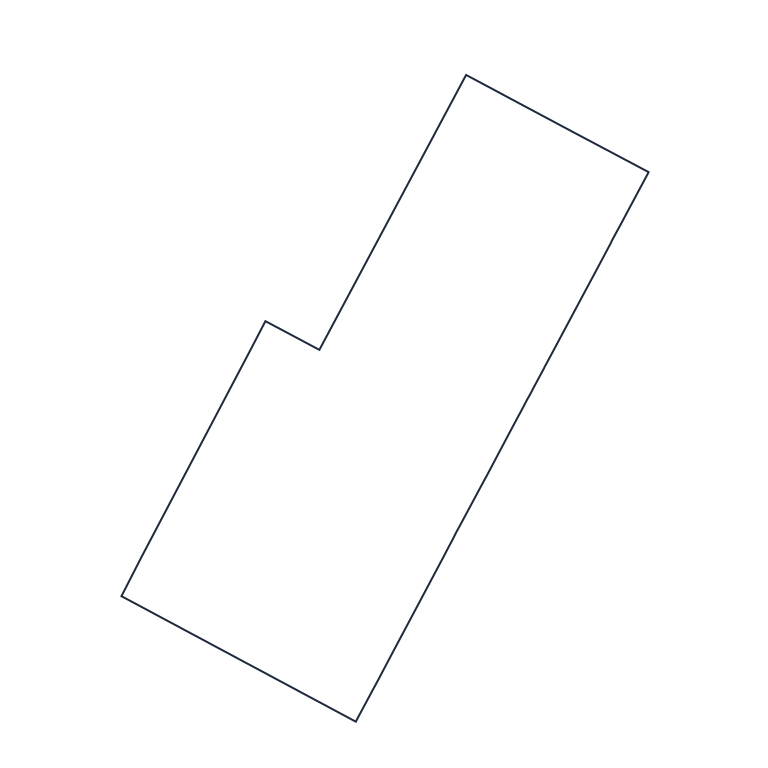 Adams, North Dakota, United States of America (Natural Earth projection), rotated 298°
{"feature_id": "52423323B23495952860942", "entity_name": "Adams", "entity_type": "district", "adm_level": 2, "iso_a3": "USA", "parent_name": "United States of America", "parent_adm1": "North Dakota", "projection": "natural_earth1", "projection_center": [-102.421, 46.114], "detail": "fine", "context": "isolated", "style": "outline", "palette": "slate", "viewbox_px": 768, "rotation_deg": 298, "n_neighbors": 0, "source": "geoboundaries", "source_scale": "gbopen_adm2", "svg_char_len": 786}
<svg xmlns="http://www.w3.org/2000/svg" viewBox="0 0 768 768"><g transform="rotate(298 384 384)"><path d="M117.6,251.1L73.4,251.8L72.6,517.7L72.8,517.7L76.2,517.6L106.1,517.7L119.6,517.8L144.7,517.7L254.2,517.7L273.5,517.6L274.5,517.6L278.1,517.6L287.5,517.4L293.1,517.5L345.6,517.7L350.4,517.8L397.1,517.7L402.4,517.7L407.4,517.7L415.6,517.7L428.8,517.8L432.0,517.7L438.2,517.7L440.8,517.8L445.5,517.9L446.9,517.9L449.1,517.8L473.2,517.9L473.7,517.8L489.4,517.9L558.4,518.0L583.9,518.1L584.1,518.1L594.9,518.1L595.8,518.1L596.8,518.1L603.6,518.1L609.9,518.1L616.1,518.1L616.6,517.9L639.7,518.1L641.3,518.1L656.4,518.1L694.0,518.2L695.2,518.1L695.3,518.1L695.2,431.8L695.4,311.4L383.8,310.9L383.8,249.8L352.2,250.1L117.6,251.1Z" fill="none" stroke="#1e293b" stroke-width="2"/></g></svg>